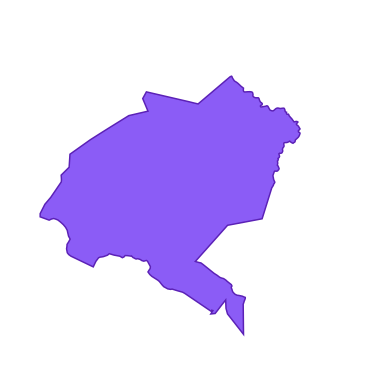 Santiago Miltepec, Oaxaca, Mexico (Natural Earth projection), rotated 124°
{"feature_id": "50627088B74886386761590", "entity_name": "Santiago Miltepec", "entity_type": "district", "adm_level": 2, "iso_a3": "MEX", "parent_name": "Mexico", "parent_adm1": "Oaxaca", "projection": "natural_earth1", "projection_center": [-97.734, 17.988], "detail": "fine", "context": "isolated", "style": "filled", "palette": "violet", "viewbox_px": 384, "rotation_deg": 124, "n_neighbors": 0, "source": "geoboundaries", "source_scale": "gbopen_adm2", "svg_char_len": 4371}
<svg xmlns="http://www.w3.org/2000/svg" viewBox="0 0 384 384"><g transform="rotate(124 192 192)"><path d="M281.2,69.7L256.4,86.8L254.8,87.2L253.2,87.7L252.1,87.9L250.5,88.3L249.6,88.9L250.0,90.6L250.2,91.9L250.7,93.2L251.5,95.2L252.4,97.0L252.7,99.2L252.4,100.9L251.9,102.6L250.4,104.4L249.4,105.9L248.3,106.4L247.6,106.3L246.8,107.6L246.6,110.4L246.4,112.7L246.3,113.5L246.1,114.7L246.1,117.4L246.5,118.5L246.9,119.8L247.2,121.3L247.0,124.5L247.1,128.2L246.0,141.2L245.9,142.6L245.8,144.9L246.6,146.9L247.5,149.6L247.7,150.4L199.7,143.9L175.0,118.9L143.9,128.2L143.7,128.2L142.5,128.2L141.0,128.3L140.0,128.6L139.4,128.7L138.7,128.6L137.6,128.8L137.2,129.3L136.7,130.2L135.9,131.4L134.6,132.6L134.1,133.2L133.1,134.1L130.2,134.9L128.9,135.2L128.3,135.0L128.0,134.4L127.2,133.2L126.5,132.8L125.8,132.8L125.0,132.6L124.0,132.8L123.4,133.5L123.1,134.1L122.4,134.9L122.1,136.2L120.2,137.0L118.5,138.5L117.7,138.4L116.6,138.8L116.0,139.5L115.4,139.2L114.4,139.1L113.4,139.4L112.8,140.1L112.3,140.7L111.8,141.3L111.2,141.2L110.9,141.1L110.9,140.9L110.5,140.3L110.0,139.8L109.4,139.4L108.5,139.4L107.5,139.6L106.5,140.3L106.0,141.0L105.1,141.2L104.1,141.3L103.6,141.2L103.1,141.2L102.4,141.4L101.6,142.1L100.9,142.8L100.1,143.1L99.7,143.1L99.3,142.8L98.8,142.2L98.4,141.6L97.8,140.9L96.2,139.8L95.6,139.7L95.2,139.4L95.3,138.5L95.4,137.6L95.3,136.4L95.1,135.5L94.3,135.3L93.6,134.9L92.8,134.7L92.0,135.0L91.0,135.4L90.5,135.3L89.8,135.1L89.0,134.9L87.6,134.6L87.0,134.5L86.1,134.5L85.3,134.6L84.4,134.8L83.7,135.0L83.2,135.1L82.8,135.4L82.6,135.8L82.5,136.3L82.7,136.8L82.7,137.1L82.6,137.4L82.4,137.6L81.7,138.1L80.5,137.8L79.3,137.7L78.8,138.7L78.5,139.5L78.2,139.9L78.0,140.4L77.7,141.6L77.8,142.4L77.6,142.9L77.3,143.5L74.8,143.3L74.8,144.2L75.2,145.1L76.8,146.6L76.1,148.6L75.3,150.7L75.2,151.6L74.4,154.3L73.8,155.0L73.7,155.4L73.6,155.7L74.1,156.2L74.3,156.6L74.4,156.9L74.3,157.3L74.0,157.6L73.6,157.9L73.0,158.2L73.2,158.8L73.2,159.2L73.2,159.6L72.9,160.0L72.1,160.8L71.6,161.4L71.2,162.1L71.1,162.5L71.3,163.0L71.9,163.8L72.8,164.8L73.4,165.5L73.8,166.4L74.1,167.3L74.6,168.1L75.4,168.8L76.3,169.2L77.9,169.6L78.9,169.9L79.4,170.2L79.9,170.9L80.2,171.9L80.4,172.7L80.3,173.5L79.6,174.9L79.0,176.0L78.7,176.6L78.5,177.0L78.5,177.6L78.6,178.1L79.9,179.1L81.4,180.7L82.6,181.9L82.9,182.4L83.0,182.7L82.9,183.0L82.5,183.3L82.3,183.4L82.2,183.5L81.9,183.5L81.1,183.0L80.8,182.8L80.4,182.7L79.9,182.9L79.5,183.1L79.3,183.6L79.1,184.3L79.2,184.9L79.1,185.4L79.0,186.0L78.6,186.6L78.2,187.3L77.6,188.1L77.2,188.5L76.9,189.1L76.8,189.5L76.9,189.9L77.5,190.7L78.0,191.5L78.3,192.0L78.6,192.7L78.6,193.1L78.7,193.7L78.7,194.3L78.6,194.8L78.3,195.1L78.0,195.5L77.4,195.7L76.9,196.1L76.0,197.0L75.7,197.5L75.6,198.1L75.9,199.0L76.4,200.0L77.7,201.8L79.2,203.7L79.6,204.2L79.8,204.8L79.7,205.4L79.4,205.9L78.9,206.4L78.2,206.8L77.1,207.4L76.9,210.6L76.5,212.9L76.2,214.8L76.1,216.7L76.2,217.8L76.2,218.6L76.1,219.4L75.6,220.4L75.1,221.7L74.6,222.6L74.2,223.1L73.9,223.6L73.9,223.9L74.0,224.2L74.2,224.3L74.7,224.5L75.3,224.9L76.4,225.2L115.6,236.2L117.2,240.4L118.9,245.1L134.5,285.8L142.1,285.1L149.6,273.7L164.0,287.1L185.2,296.6L193.8,300.4L205.5,305.5L228.9,314.3L240.2,307.7L251.2,309.9L253.2,308.3L255.1,306.9L256.8,306.0L275.4,306.1L284.4,307.1L294.8,305.8L297.5,304.0L295.2,294.7L293.0,293.4L291.3,291.8L290.7,289.9L290.2,287.6L290.4,284.6L291.0,280.4L292.0,277.0L293.6,273.9L295.0,272.5L296.1,271.3L297.6,269.7L299.2,266.7L302.0,266.4L305.3,266.3L306.8,265.4L309.3,264.2L312.1,261.4L312.8,259.3L312.9,256.5L309.3,232.0L303.3,232.9L301.2,232.8L298.8,232.7L297.4,231.8L296.2,230.4L295.0,229.2L291.6,226.7L289.4,226.1L287.9,221.3L285.6,216.0L285.4,213.0L283.9,212.1L282.1,211.9L280.9,210.0L279.8,207.8L279.0,206.1L278.9,206.1L279.0,205.7L279.2,204.8L279.3,204.0L279.1,203.2L279.0,201.5L278.7,200.8L278.6,200.6L278.2,200.3L277.8,199.9L277.5,199.3L277.1,197.9L276.9,197.1L276.9,195.2L276.3,193.3L274.8,192.0L274.3,191.6L274.2,191.3L274.3,190.4L274.3,190.1L277.1,184.8L278.8,183.9L280.9,183.9L282.9,183.8L284.0,180.8L284.4,178.1L284.3,174.5L284.2,171.1L284.4,169.1L285.7,165.0L286.3,162.5L286.1,160.5L285.9,158.0L284.7,155.3L283.6,154.2L282.1,149.2L280.3,143.7L280.1,141.1L280.2,114.6L280.2,109.0L279.0,109.5L278.6,108.4L282.6,108.2L279.8,104.9L275.8,104.6L268.8,104.2L262.7,103.7L269.5,98.7L273.2,94.4L281.2,69.7Z" fill="#8b5cf6" stroke="#5b21b6" stroke-width="1.5"/></g></svg>